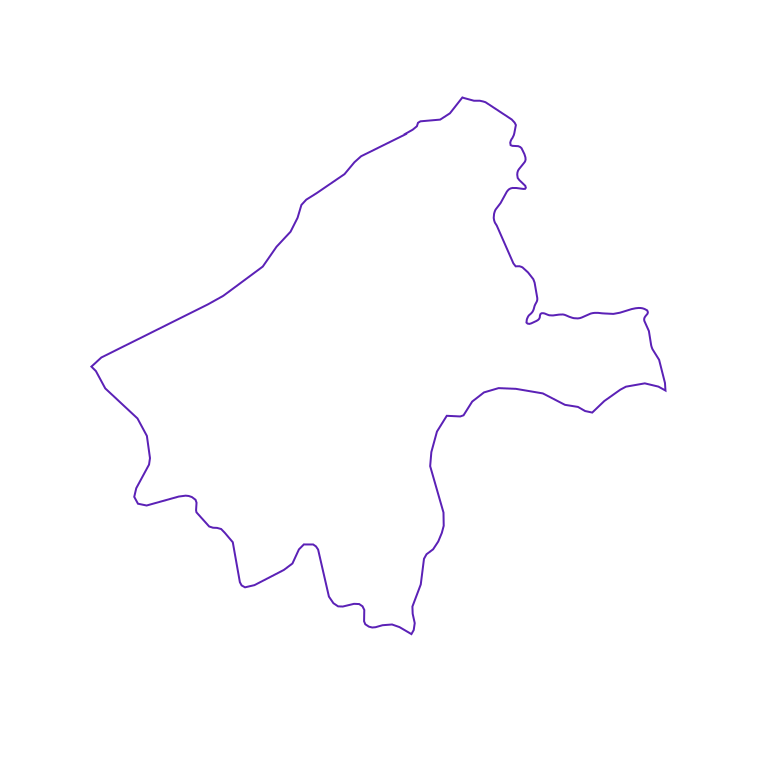 the border of Cosenza, rotated 71°
{"feature_id": "ITA-5391", "entity_name": "Cosenza", "entity_type": "Province", "adm_level": 1, "iso_a3": "ITA", "parent_name": "Italy", "parent_adm1": "", "projection": "orthographic", "projection_center": [16.346, 39.592], "detail": "fine", "context": "isolated", "style": "outline", "palette": "violet", "viewbox_px": 768, "rotation_deg": 71, "n_neighbors": 0, "source": "natural_earth", "source_scale": "10m", "svg_char_len": 2961}
<svg xmlns="http://www.w3.org/2000/svg" viewBox="0 0 768 768"><g transform="rotate(71 384 384)"><path d="M481.8,120.0L475.8,125.4L468.3,137.2L465.3,156.1L466.3,162.4L471.8,181.2L478.8,196.4L475.0,202.7L468.8,208.1L462.6,219.7L444.6,236.9L431.5,260.9L425.2,277.0L424.5,292.2L429.3,306.3L439.5,319.0L439.5,322.5L434.5,335.0L446.2,349.4L463.8,361.4L476.7,367.1L524.9,369.6L537.5,373.7L543.6,377.8L550.6,384.0L556.3,391.4L558.8,399.2L562.3,403.1L585.5,414.5L603.7,429.6L610.6,431.7L620.1,432.8L626.3,436.0L629.4,439.5L618.9,448.5L614.0,454.7L611.6,463.9L611.2,471.2L610.4,474.4L608.5,477.3L605.1,479.9L601.9,480.1L591.2,476.2L587.2,476.7L584.0,479.1L582.1,483.9L581.0,495.4L579.3,499.8L574.8,503.2L567.1,505.3L519.1,500.2L515.4,501.2L512.7,503.2L509.6,512.0L512.7,518.3L523.9,529.0L527.2,539.2L532.0,572.0L531.0,581.6L528.1,584.2L524.5,584.8L484.4,578.5L472.8,583.0L468.1,585.2L465.7,588.7L464.2,592.5L461.8,595.7L444.3,603.1L442.2,602.8L435.2,599.9L432.1,599.9L428.3,602.5L426.3,605.1L425.0,607.9L423.6,614.7L421.6,648.0L417.1,655.6L409.4,656.9L401.9,652.2L383.7,632.4L377.9,629.4L355.9,625.1L336.3,628.3L297.4,649.0L278.0,652.2L272.3,655.0L266.9,642.6L251.4,524.7L248.3,507.3L233.5,460.4L219.2,440.9L209.6,422.8L198.7,411.6L187.8,403.8L184.4,397.5L181.5,385.1L177.9,372.0L172.7,353.0L164.7,339.8L161.2,331.5L154.7,280.8L154.7,284.0L152.9,274.1L151.0,269.0L148.1,266.8L147.5,264.0L152.3,244.8L149.5,233.5L138.6,216.6L139.7,215.2L145.4,206.8L147.3,201.3L149.2,198.2L150.6,196.3L175.5,177.1L179.4,175.4L182.1,175.0L189.4,179.2L191.0,180.3L193.3,182.6L194.2,183.9L195.5,185.1L197.0,186.1L199.4,186.5L200.6,185.1L202.8,179.7L204.2,178.1L205.8,177.2L212.3,176.4L215.8,176.5L218.0,177.1L219.3,178.0L220.0,178.8L224.9,186.6L225.9,187.8L227.5,189.0L229.5,189.9L232.7,190.5L235.4,189.6L242.6,185.9L244.6,186.0L245.4,187.0L245.0,188.6L241.8,195.0L240.5,198.6L240.3,200.6L240.6,202.4L241.3,203.9L242.2,205.3L250.9,214.9L255.4,221.7L256.9,223.1L258.9,224.5L262.7,226.2L265.3,226.6L267.5,226.6L270.9,225.8L312.1,222.4L315.6,221.2L316.7,217.7L317.7,216.3L318.8,215.1L325.4,211.5L333.5,208.7L337.2,208.6L352.7,211.1L354.4,211.7L355.8,212.7L358.0,215.1L359.2,216.2L362.0,218.1L363.3,219.2L364.3,220.4L365.1,221.8L366.4,224.9L367.7,226.4L369.4,227.9L372.3,229.3L373.6,228.6L374.5,227.0L374.6,225.0L374.0,219.3L373.6,217.5L372.9,216.1L371.7,215.0L370.1,214.3L368.9,213.4L368.4,212.1L368.8,210.6L369.6,209.2L371.8,206.7L372.8,205.4L373.5,203.7L374.2,201.9L375.4,195.8L376.5,192.2L377.4,190.7L378.5,189.4L380.7,187.0L382.7,184.4L383.6,183.0L385.0,179.6L385.1,179.3L385.5,177.2L385.5,175.3L384.7,165.7L384.9,163.7L385.3,161.8L386.5,158.3L388.2,154.7L389.4,151.8L392.4,144.3L393.4,137.7L393.8,125.4L394.3,121.5L395.0,118.5L395.6,116.8L396.6,114.9L397.9,113.2L400.1,111.2L402.0,111.1L403.3,111.9L405.0,114.7L406.0,116.0L407.3,116.9L409.0,117.3L420.2,116.3L434.5,118.8L436.5,118.9L438.6,118.8L450.7,116.0L474.5,118.0L481.8,120.0Z" fill="none" stroke="#5b21b6" stroke-width="2"/></g></svg>